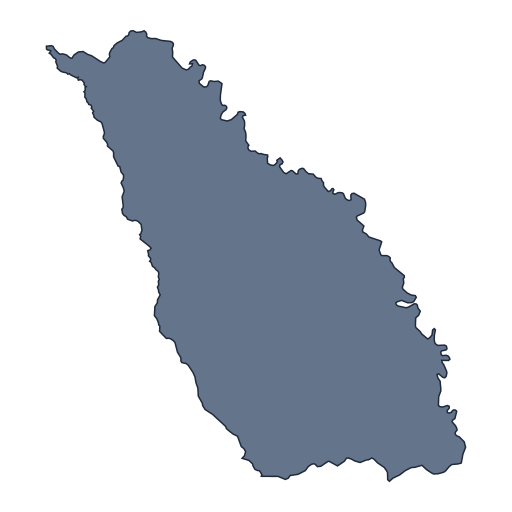 Santa Rita do Trivelato, Mato Grosso, Brazil
{"feature_id": "56859067B5892381335106", "entity_name": "Santa Rita do Trivelato", "entity_type": "district", "adm_level": 2, "iso_a3": "BRA", "parent_name": "Brazil", "parent_adm1": "Mato Grosso", "projection": "orthographic", "projection_center": [-55.302, -13.782], "detail": "fine", "context": "isolated", "style": "filled", "palette": "slate", "viewbox_px": 512, "rotation_deg": 0, "n_neighbors": 0, "source": "geoboundaries", "source_scale": "gbopen_adm2", "svg_char_len": 5958}
<svg xmlns="http://www.w3.org/2000/svg" viewBox="0 0 512 512"><path d="M212.6,414.4L225.7,426.5L226.4,428.6L228.7,430.6L233.0,434.0L237.5,436.2L241.3,446.6L243.8,448.5L245.6,451.5L244.5,455.7L242.1,458.3L248.9,460.4L252.5,463.8L253.1,466.1L255.0,469.4L257.7,470.6L259.2,470.6L260.3,472.0L261.8,474.4L261.3,476.3L278.1,476.4L285.3,479.4L288.1,478.3L290.2,475.5L298.1,474.3L305.3,470.6L308.3,466.5L311.5,464.3L313.4,463.8L315.0,464.1L317.4,466.6L320.8,466.3L327.8,461.5L329.1,461.3L337.5,465.9L344.4,461.2L346.5,458.2L348.2,458.0L351.3,459.0L354.6,460.9L360.1,462.5L366.3,460.0L368.5,459.8L371.8,458.0L373.8,459.0L377.6,462.9L384.1,467.3L386.4,470.4L387.5,472.5L387.7,479.7L389.4,481.3L393.0,478.1L399.7,474.9L405.3,470.6L411.2,467.6L414.9,467.3L422.0,465.3L426.6,469.7L432.0,473.2L433.7,474.0L438.3,473.7L443.5,472.3L445.6,470.9L449.2,466.6L451.8,464.5L458.3,463.9L461.3,463.0L462.9,454.2L465.6,447.3L464.2,441.8L459.3,436.9L456.3,435.6L455.0,433.4L455.7,431.6L457.0,430.4L456.9,428.6L455.5,425.7L452.2,422.0L452.6,420.1L454.9,418.6L456.7,411.3L455.5,410.1L453.9,409.9L452.6,410.5L451.4,412.3L449.1,413.0L447.4,412.5L447.1,410.8L449.2,408.1L449.2,406.3L447.4,405.5L442.8,407.0L439.9,406.7L438.4,405.3L438.7,396.7L440.8,391.0L440.8,388.6L440.1,381.2L437.9,378.0L437.0,374.5L438.6,373.8L442.9,377.4L444.8,377.8L446.2,376.3L446.9,372.8L446.5,371.0L443.6,364.4L442.4,363.1L441.7,360.3L448.5,360.5L449.9,359.3L449.3,357.5L447.9,355.8L446.1,355.3L442.6,355.6L441.4,355.0L440.7,352.1L441.8,350.8L445.7,350.1L447.0,348.8L446.4,346.1L444.6,345.1L437.9,345.4L436.2,344.5L434.9,343.0L434.2,340.2L434.4,335.0L435.4,329.8L434.2,328.6L432.6,330.0L432.0,335.0L429.7,337.7L427.7,339.0L421.7,333.9L420.1,331.5L415.9,327.6L415.4,325.8L415.7,317.9L418.6,315.3L420.3,311.2L418.0,308.2L417.3,305.1L416.1,303.9L414.2,303.8L408.9,306.9L406.2,307.8L397.6,305.9L396.2,304.5L395.8,302.9L397.3,301.7L401.6,300.4L407.7,302.8L411.7,302.6L413.7,301.7L416.3,297.3L415.3,295.6L411.1,295.0L407.1,292.9L402.7,288.9L402.4,286.9L403.8,283.1L403.3,278.6L404.3,277.5L404.3,275.7L394.4,267.6L391.8,262.7L390.7,261.8L390.0,259.8L390.3,257.9L388.8,256.5L386.8,255.6L381.8,255.6L380.7,254.6L379.1,249.9L381.7,241.9L380.6,240.9L368.9,237.0L366.4,234.0L362.6,231.8L362.6,229.5L363.9,226.0L357.1,220.0L356.4,217.1L357.2,216.0L363.6,213.1L364.7,211.7L365.7,205.5L365.6,202.6L364.5,199.2L354.0,193.2L351.9,193.6L350.8,195.2L351.1,199.7L349.8,200.4L347.9,200.3L345.3,198.4L343.5,193.8L342.4,192.9L339.4,192.5L338.0,192.7L335.3,194.1L333.1,193.7L332.9,191.9L333.9,189.7L332.9,188.5L331.7,188.9L330.5,190.8L328.3,191.5L324.3,187.0L323.5,185.1L323.5,182.7L322.0,180.8L321.1,178.5L317.6,178.2L315.8,177.1L313.2,174.1L308.4,173.7L305.8,171.4L303.6,168.6L302.0,168.3L299.6,169.2L298.3,170.7L297.8,173.8L296.0,174.0L292.5,170.8L291.0,170.5L286.1,173.8L283.7,172.5L279.6,166.8L280.0,164.7L282.1,163.8L283.0,162.0L282.2,160.3L280.1,157.9L276.8,160.3L277.4,161.8L275.4,164.3L273.4,165.5L270.6,165.0L267.6,163.3L267.2,158.1L267.8,156.9L267.6,155.0L263.9,154.5L261.2,153.6L259.1,153.7L257.6,153.1L255.1,151.0L251.3,151.3L249.0,150.1L248.1,148.6L247.9,146.7L248.9,145.3L245.7,140.9L246.0,135.5L245.6,132.3L244.0,128.3L244.6,126.1L244.6,122.5L244.4,121.0L242.4,117.2L243.2,115.6L245.6,115.2L244.9,113.4L243.2,111.9L239.8,111.6L238.1,112.2L237.5,114.3L231.2,119.7L227.2,121.0L221.5,119.7L220.3,118.2L221.2,114.7L222.8,112.1L226.0,109.7L226.8,108.1L226.5,106.4L224.9,105.3L222.6,105.4L221.5,104.0L220.3,100.5L220.4,95.3L222.0,83.6L218.3,81.1L214.1,81.5L210.6,80.8L209.2,81.4L207.7,85.7L206.3,86.8L203.8,87.0L199.3,83.3L199.0,80.8L201.7,79.0L202.4,77.6L203.5,72.3L205.4,68.4L205.5,66.6L204.4,65.4L202.6,64.7L200.6,65.6L199.0,65.2L195.8,60.3L194.4,59.8L192.8,60.2L190.2,62.0L189.5,63.9L192.5,63.7L191.9,66.1L190.2,67.1L188.4,69.3L186.2,69.9L182.0,68.0L172.5,57.0L172.7,51.9L172.1,48.4L173.4,45.0L173.3,43.5L172.2,42.2L170.5,41.4L161.2,40.4L155.6,38.5L151.4,38.6L147.7,37.6L146.6,36.2L146.7,34.0L145.8,32.1L144.1,30.8L141.1,31.9L136.5,32.4L133.2,30.7L130.8,31.0L129.2,32.4L128.7,34.8L127.7,35.9L126.1,36.2L122.1,40.4L117.2,42.9L114.0,45.6L113.3,47.7L112.0,48.5L109.9,52.2L109.3,54.2L109.9,56.7L105.2,62.4L103.8,63.0L100.4,61.5L91.7,55.8L87.5,54.3L83.1,51.5L78.3,52.0L74.0,55.0L71.9,58.3L70.3,58.0L66.2,54.8L62.4,53.8L60.3,54.3L58.4,53.1L54.5,49.1L53.1,46.4L51.5,45.7L46.4,46.2L46.5,49.1L47.6,50.0L49.6,50.2L50.9,51.1L49.2,53.1L51.1,54.4L53.6,57.8L55.2,58.5L56.2,60.1L55.8,61.9L57.5,66.0L57.2,68.1L60.4,71.0L62.2,71.9L66.7,72.9L67.8,74.2L69.4,73.7L70.3,74.7L76.5,77.8L78.2,77.3L77.9,78.9L78.4,80.2L79.9,79.7L82.0,80.1L84.1,82.7L84.0,84.3L85.0,86.1L86.2,86.7L85.1,87.5L85.2,90.6L83.9,91.7L85.0,93.2L84.8,97.2L86.0,98.4L87.1,102.0L88.1,102.8L88.7,104.4L90.9,105.1L91.8,106.8L91.2,108.1L93.7,111.4L92.6,112.8L93.9,115.6L94.0,117.2L97.4,120.2L101.0,122.0L102.0,123.5L104.4,132.2L104.2,134.3L103.3,136.2L103.3,138.3L106.6,142.1L107.6,144.2L107.4,146.0L113.1,151.1L113.6,152.8L113.6,156.7L114.4,158.5L118.1,166.1L119.7,166.6L121.1,172.0L123.3,174.7L123.6,176.3L123.1,180.1L121.9,181.1L121.1,183.0L123.3,187.7L124.2,191.1L122.1,196.8L123.2,205.5L123.1,207.6L121.8,209.3L122.5,213.3L123.7,215.1L126.4,216.9L127.6,219.2L132.6,221.0L134.3,220.4L136.3,220.5L138.1,221.4L141.1,224.4L142.0,230.6L141.2,232.0L140.9,233.8L139.6,234.5L140.7,236.5L140.1,238.9L149.7,246.6L151.1,248.2L149.9,249.9L147.7,250.7L148.6,254.3L148.4,255.8L150.5,258.2L150.6,260.0L149.6,261.3L151.1,262.3L152.5,266.3L154.8,267.9L155.6,269.3L158.2,271.5L158.8,273.3L158.3,277.0L159.3,279.5L158.3,281.2L158.7,284.9L157.4,287.1L158.6,290.2L158.6,291.9L160.2,294.9L157.5,299.8L157.3,302.9L154.9,306.6L154.4,315.7L156.8,318.7L158.4,322.7L158.7,324.8L159.8,326.1L159.6,331.4L166.3,338.4L169.3,338.3L171.1,339.1L173.5,340.8L175.0,342.6L177.5,352.2L180.9,357.8L180.9,361.0L181.9,362.6L186.3,363.6L188.1,365.1L192.9,372.3L194.9,376.7L196.0,382.7L197.9,388.3L198.3,396.1L202.4,403.4L202.6,405.5L205.1,409.5L212.6,414.4Z" fill="#64748b" stroke="#1e293b" stroke-width="1.5"/></svg>